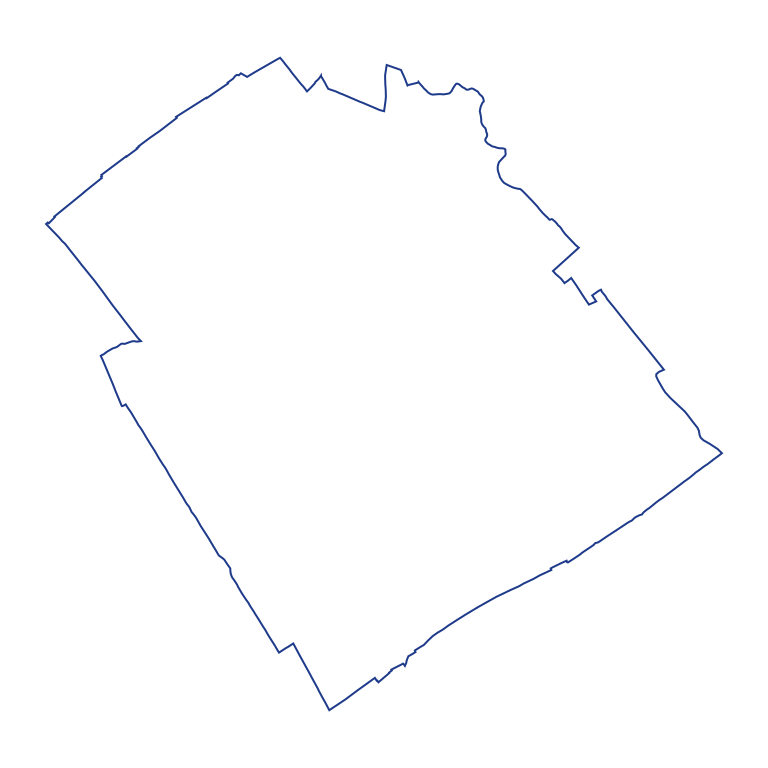 outline of Vladeni, Botosani, Romania
{"feature_id": "2599482B92223550861236", "entity_name": "Vladeni", "entity_type": "district", "adm_level": 2, "iso_a3": "ROU", "parent_name": "Romania", "parent_adm1": "Botosani", "projection": "orthographic", "projection_center": [26.517, 47.71], "detail": "fine", "context": "isolated", "style": "outline", "palette": "blue", "viewbox_px": 768, "rotation_deg": 0, "n_neighbors": 0, "source": "geoboundaries", "source_scale": "gbopen_adm2", "svg_char_len": 5989}
<svg xmlns="http://www.w3.org/2000/svg" viewBox="0 0 768 768"><path d="M721.9,453.2L717.6,449.0L709.5,443.7L703.5,440.3L700.7,437.7L699.6,435.1L698.9,430.9L697.6,427.9L693.4,422.6L687.7,415.1L684.8,411.5L670.6,398.2L665.1,392.2L662.6,388.3L660.9,385.3L658.0,380.2L656.2,376.3L656.3,374.2L658.9,371.9L663.9,369.7L648.1,349.9L633.7,332.3L613.8,307.2L606.9,298.8L606.8,298.4L605.4,296.0L601.8,291.7L601.0,289.7L598.7,290.8L592.2,295.4L596.2,301.4L588.9,304.6L582.3,294.7L576.2,285.2L571.2,278.0L568.1,280.6L564.5,283.1L562.1,280.0L561.2,278.9L560.5,278.2L555.8,274.1L553.0,271.0L577.8,248.6L578.8,247.7L577.6,246.7L575.5,244.9L565.2,234.1L562.9,231.1L560.9,228.0L559.9,226.8L559.3,226.2L558.3,225.5L557.7,224.8L557.0,223.7L555.1,221.6L552.3,219.3L551.8,219.1L551.5,219.1L549.9,219.8L549.6,219.8L548.1,218.3L547.3,217.3L546.4,216.6L542.7,213.0L539.2,208.9L537.4,206.5L534.0,202.8L527.7,196.2L523.6,192.0L521.2,189.7L520.0,189.0L517.6,188.7L513.3,187.6L509.7,186.0L505.4,183.7L503.9,182.7L502.3,180.9L500.0,177.4L497.9,170.7L497.7,168.9L497.7,167.4L497.8,166.3L498.1,164.7L499.0,162.2L499.6,161.4L500.3,160.7L503.8,156.9L504.7,156.0L505.0,155.9L505.3,155.3L505.5,154.8L505.6,154.1L505.6,153.1L505.3,150.8L505.5,149.9L505.1,149.2L504.2,148.7L503.1,148.4L499.0,148.2L498.0,148.0L497.2,147.8L494.7,146.9L493.1,146.6L491.7,146.1L490.0,144.9L488.4,144.1L487.1,143.0L485.9,141.6L485.4,140.8L485.3,140.2L485.3,139.4L485.7,138.6L486.5,137.3L486.9,136.4L487.2,135.2L487.1,134.0L486.7,133.1L486.2,131.5L485.8,129.4L485.3,128.2L484.5,127.3L483.6,126.5L482.6,125.1L482.0,124.1L481.5,122.7L481.2,121.6L481.3,119.9L480.7,115.2L480.4,114.3L480.2,112.7L479.8,111.7L479.9,110.6L480.1,109.7L480.3,108.3L480.8,106.5L481.3,105.3L482.0,103.7L482.7,102.5L483.7,101.5L483.8,101.0L483.7,100.5L483.0,97.8L482.0,96.3L480.0,94.6L479.3,93.8L478.0,91.8L477.2,91.2L474.9,89.9L473.4,88.9L472.4,88.6L471.6,88.5L470.8,88.6L468.6,89.6L466.8,89.7L466.0,89.4L464.9,88.4L464.1,88.0L463.1,87.5L462.1,86.9L459.2,84.4L457.4,83.7L456.8,83.7L456.3,83.8L455.6,84.4L454.9,85.4L453.5,87.5L452.7,88.8L452.0,90.4L450.8,92.0L450.0,92.8L449.4,93.3L448.2,93.6L446.8,93.9L444.0,94.3L443.1,94.4L441.8,94.2L439.1,94.1L432.9,94.6L431.3,94.3L430.1,93.8L428.3,92.6L427.2,91.6L426.1,90.4L423.9,88.4L423.0,87.2L419.3,83.1L418.5,82.0L418.4,82.4L418.1,82.6L409.2,84.8L408.1,85.1L407.5,85.5L404.6,77.9L401.0,70.0L386.7,65.0L385.2,74.7L385.1,76.4L385.3,84.0L385.7,89.5L385.9,96.9L385.5,101.0L384.1,111.2L379.8,110.1L363.2,103.0L359.8,101.7L346.6,96.0L345.1,95.4L342.9,94.4L340.6,93.6L335.5,91.3L328.3,88.9L326.5,85.8L325.2,83.2L322.4,78.4L321.8,77.4L321.1,76.4L321.0,75.6L320.6,76.3L318.9,78.6L317.5,80.1L315.6,81.7L314.8,83.3L314.1,84.1L310.3,88.2L307.0,91.4L306.4,90.7L305.1,88.8L303.1,86.3L301.4,84.5L299.3,82.0L295.9,77.7L293.6,74.9L291.7,72.5L289.5,69.4L285.1,64.0L283.0,61.2L280.1,57.8L277.1,59.4L254.1,72.6L247.1,76.9L240.9,73.3L238.8,75.3L238.3,75.0L237.3,74.9L236.7,75.0L235.8,75.5L234.7,76.6L233.5,78.2L232.8,78.9L227.6,82.7L228.0,83.5L214.8,92.5L206.6,98.2L206.3,97.7L176.0,116.9L176.8,117.9L159.6,131.1L150.2,137.6L138.7,146.2L139.0,146.6L136.9,148.1L137.3,148.6L126.3,156.8L126.1,156.4L101.3,175.0L102.0,176.1L101.1,176.8L101.8,178.0L83.8,192.4L83.9,192.5L64.1,208.6L54.4,216.5L54.9,217.0L51.4,220.7L48.8,223.3L47.8,222.5L46.1,224.0L50.1,228.2L59.0,237.4L62.2,241.2L65.0,243.7L68.6,248.3L69.4,249.4L79.2,261.7L81.4,264.6L94.8,281.1L102.1,290.8L112.6,305.3L121.0,316.1L124.6,320.9L131.0,329.2L137.9,338.0L140.9,341.1L138.5,341.5L136.6,341.6L134.4,341.2L133.2,341.2L132.1,341.4L130.9,341.7L125.0,343.8L124.4,343.9L122.2,343.6L121.4,343.8L120.9,344.0L117.2,346.8L116.1,347.3L112.5,348.5L107.9,351.2L106.6,352.0L103.6,354.3L101.6,355.2L100.7,355.9L102.5,359.5L103.7,362.3L113.2,385.0L115.5,391.0L117.5,395.8L117.7,396.2L120.5,403.0L121.1,404.6L121.9,406.1L123.3,405.8L125.7,404.4L126.8,406.2L127.6,407.5L130.9,412.2L136.9,422.3L138.4,425.1L139.0,425.9L140.5,427.9L142.7,431.3L145.5,436.1L150.6,444.5L154.3,450.2L159.4,459.0L162.9,464.5L164.9,467.3L165.9,468.9L167.7,472.1L168.8,474.2L173.6,482.3L183.2,497.8L185.7,502.2L186.7,503.8L189.0,506.7L189.5,507.5L191.5,511.8L191.9,512.4L193.0,513.6L194.0,515.0L194.8,516.0L195.5,516.9L196.6,518.7L200.7,526.0L207.1,535.9L208.8,538.6L209.5,539.7L209.7,540.1L210.7,541.7L211.3,542.9L212.7,545.1L213.2,546.1L215.5,549.8L218.5,555.0L218.9,555.5L223.5,558.9L224.0,559.4L224.4,559.8L225.4,561.3L227.9,565.1L228.9,566.4L229.8,567.7L230.3,568.6L230.3,570.3L230.6,572.5L230.7,573.5L231.8,576.7L232.3,577.6L234.4,580.5L237.0,584.5L238.1,586.9L241.6,592.9L243.4,595.7L246.1,599.7L246.1,599.8L246.3,600.0L248.1,602.4L250.7,606.9L253.6,611.3L255.4,614.3L256.9,616.6L258.3,618.8L258.4,619.1L258.7,619.5L263.4,627.1L265.0,629.5L268.2,635.1L270.9,639.4L275.0,645.8L276.0,647.6L277.1,649.5L279.0,652.6L286.5,647.7L287.4,647.3L293.3,643.5L300.2,656.4L308.6,671.6L311.8,677.6L318.2,689.3L318.6,690.4L322.3,697.3L325.3,702.6L329.3,710.2L332.2,708.2L345.3,699.5L357.6,690.3L374.9,677.9L375.7,679.1L376.7,680.8L377.3,680.6L378.4,682.3L389.2,673.1L389.0,672.7L391.8,670.5L391.3,669.6L399.9,665.3L403.1,663.6L404.2,664.9L404.9,665.9L406.3,662.7L406.5,661.2L407.3,658.8L408.4,656.2L409.8,655.5L415.5,652.1L414.8,650.5L420.8,646.7L423.8,645.0L428.1,640.5L432.7,636.1L437.7,632.6L442.5,629.8L448.7,625.3L455.9,620.7L466.2,614.2L478.0,607.1L496.2,596.9L511.0,589.8L519.1,586.2L523.5,583.6L533.3,579.0L539.7,575.4L551.3,570.0L550.7,568.4L553.3,567.0L561.5,563.0L566.6,560.7L567.1,562.2L568.0,562.4L575.1,557.8L579.9,554.6L581.8,553.0L583.9,551.5L590.7,547.0L592.4,545.8L594.2,544.5L594.6,543.7L595.1,543.2L596.0,542.9L597.8,542.5L599.2,541.7L606.5,536.7L617.2,529.7L627.3,523.0L630.0,521.4L631.6,520.7L632.6,519.8L634.5,517.9L636.2,516.8L639.5,515.2L642.1,514.4L642.7,513.4L643.6,512.3L647.3,509.3L648.8,508.4L650.0,507.5L655.7,502.8L659.1,500.2L662.6,497.9L684.8,481.1L689.1,478.1L694.3,473.8L695.7,472.5L699.6,469.8L703.6,466.7L707.6,464.1L713.9,459.2L719.9,454.8L721.9,453.2Z" fill="none" stroke="#1e3a8a" stroke-width="2"/></svg>